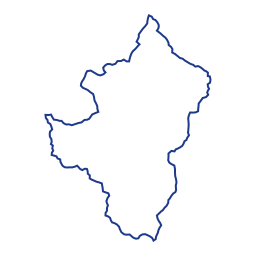 Carmópolis de Minas, Minas Gerais, Brazil (Albers equal-area conic projection)
{"feature_id": "56859067B23958839581539", "entity_name": "Carmópolis de Minas", "entity_type": "district", "adm_level": 2, "iso_a3": "BRA", "parent_name": "Brazil", "parent_adm1": "Minas Gerais", "projection": "albers", "projection_center": [-44.655, -20.559], "detail": "fine", "context": "isolated", "style": "outline", "palette": "blue", "viewbox_px": 256, "rotation_deg": 0, "n_neighbors": 0, "source": "geoboundaries", "source_scale": "gbopen_adm2", "svg_char_len": 3135}
<svg xmlns="http://www.w3.org/2000/svg" viewBox="0 0 256 256"><path d="M62.6,165.8L64.6,167.2L67.1,167.5L69.7,167.3L72.2,167.4L74.8,166.7L77.1,165.7L78.6,167.2L80.0,168.9L82.3,170.1L84.6,168.8L86.9,168.9L87.6,170.9L87.8,173.7L89.8,175.4L89.7,178.4L91.8,179.7L93.8,180.5L96.2,181.6L98.8,182.3L101.8,183.4L102.6,187.7L103.0,191.4L105.4,192.3L108.4,193.3L109.2,195.7L107.5,198.1L106.4,201.2L107.0,203.3L107.9,205.2L107.0,207.9L107.0,210.7L105.6,212.9L105.5,215.5L108.3,216.5L110.1,217.9L110.9,220.4L112.1,222.4L114.4,223.1L116.8,224.4L119.0,226.6L119.9,229.2L121.4,232.2L124.1,234.3L126.3,234.7L129.6,234.5L131.8,236.4L133.5,237.8L136.0,238.7L138.4,238.3L139.8,235.9L142.4,234.4L145.3,234.2L148.2,235.5L150.2,236.5L152.3,238.1L153.5,240.6L155.7,239.1L156.1,236.5L157.0,234.6L157.9,232.6L158.4,230.3L159.5,227.9L161.2,225.3L160.2,223.0L158.9,221.2L157.6,218.6L156.9,215.5L159.0,213.5L160.9,211.6L162.9,210.1L164.6,207.7L166.5,205.9L168.2,202.9L168.4,200.0L169.9,198.4L171.2,196.1L173.1,193.6L175.4,192.1L176.1,190.0L175.9,187.7L175.8,185.3L176.5,182.7L176.1,179.6L175.2,176.0L175.0,172.3L175.0,169.2L174.3,165.5L171.4,164.1L169.3,162.6L168.2,160.2L168.5,157.2L168.5,153.5L171.4,150.9L174.5,151.4L175.7,149.4L177.5,148.7L179.8,147.5L182.2,145.9L183.5,143.8L184.5,141.2L186.4,140.0L187.2,137.8L189.0,135.3L188.0,132.7L188.3,130.3L188.5,127.5L188.7,124.8L188.5,121.7L188.2,118.2L189.0,115.0L190.1,112.5L193.2,112.6L195.9,112.3L198.1,111.2L198.2,108.9L198.5,106.5L198.7,103.5L200.6,101.0L202.7,98.0L206.0,97.1L208.2,94.8L207.2,92.6L207.9,90.6L209.1,88.8L208.0,86.8L207.7,84.3L210.0,82.7L210.5,79.7L209.8,76.4L207.8,76.1L207.9,72.6L206.1,71.2L204.3,70.5L202.6,68.9L200.8,67.5L198.2,66.1L195.3,66.6L193.3,64.9L190.3,63.8L187.8,62.3L184.8,60.5L182.8,58.8L179.8,57.9L177.5,56.0L174.9,53.9L172.2,52.5L172.4,49.0L170.9,46.7L168.7,45.1L168.5,42.8L167.1,39.9L165.5,37.7L162.9,35.7L160.7,33.6L158.8,32.1L156.9,30.7L158.1,28.9L158.8,26.8L158.6,24.7L157.2,22.1L155.4,20.0L153.1,19.1L151.8,16.7L148.9,15.4L148.0,18.1L147.5,20.6L147.2,23.5L145.1,26.3L143.4,28.1L141.8,30.1L140.1,32.5L138.8,34.3L138.8,37.1L137.9,39.1L136.6,41.7L139.5,44.3L137.7,46.2L136.2,48.0L134.7,49.6L133.1,50.9L131.5,53.3L130.4,56.2L129.7,58.7L129.1,61.4L126.6,61.4L123.8,59.6L121.1,61.0L117.5,61.1L115.4,63.8L112.4,64.8L109.6,64.0L107.2,64.1L105.2,65.4L103.2,67.6L103.8,70.5L105.5,72.4L103.5,74.2L100.5,75.4L97.7,74.7L95.5,73.4L93.3,72.1L90.8,70.6L87.2,71.1L86.0,73.2L85.0,76.4L83.6,79.2L82.2,81.3L81.2,83.3L80.9,85.7L83.0,87.9L85.7,89.0L88.0,90.2L90.3,92.2L93.1,94.0L94.0,96.9L94.5,100.4L95.9,103.1L97.2,105.9L97.4,109.0L98.3,111.9L95.8,112.9L92.3,114.4L90.6,116.8L89.2,118.8L87.2,119.7L84.4,120.0L81.5,122.4L78.5,123.0L75.8,123.9L71.8,125.2L68.8,124.3L66.2,124.5L63.6,123.2L61.6,120.9L59.6,120.9L57.0,120.0L53.8,119.6L52.2,116.9L51.0,114.6L48.8,115.0L45.5,114.9L45.9,118.1L47.5,120.0L47.9,122.5L50.3,124.0L51.4,126.7L52.2,129.4L50.0,131.7L49.7,134.1L49.9,136.7L51.4,139.2L51.7,142.0L50.9,144.1L52.8,145.5L52.3,148.4L53.2,150.7L51.9,152.6L51.7,155.0L54.4,155.7L56.4,156.3L57.6,158.5L60.2,159.4L60.5,162.0L61.5,163.9L62.6,165.8Z" fill="none" stroke="#1e3a8a" stroke-width="2"/></svg>